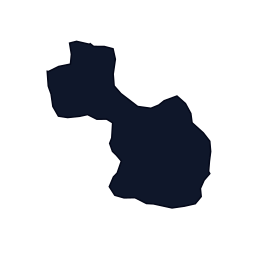 the district of Tomelilla, Skåne, Sweden, rotated 314°
{"feature_id": "70781695B70463852837114", "entity_name": "Tomelilla", "entity_type": "district", "adm_level": 2, "iso_a3": "SWE", "parent_name": "Sweden", "parent_adm1": "Skåne", "projection": "albers", "projection_center": [14.031, 55.651], "detail": "fine", "context": "isolated", "style": "filled", "palette": "ink", "viewbox_px": 256, "rotation_deg": 314, "n_neighbors": 0, "source": "geoboundaries", "source_scale": "gbopen_adm2", "svg_char_len": 875}
<svg xmlns="http://www.w3.org/2000/svg" viewBox="0 0 256 256"><g transform="rotate(314 128 128)"><path d="M112.7,30.5L102.8,41.5L101.8,43.4L99.0,49.1L91.3,59.0L88.2,69.7L93.6,77.3L102.7,85.0L109.6,89.6L112.7,99.5L119.5,106.4L121.1,113.3L109.6,123.2L104.2,125.5L100.4,133.1L100.4,138.5L99.6,146.2L88.1,151.5L82.7,151.5L72.8,155.3L70.5,165.0L70.5,165.3L75.0,173.7L82.7,181.4L86.5,193.7L91.1,199.0L101.1,215.2L111.0,222.9L120.3,229.0L129.5,228.3L134.8,222.1L143.3,219.0L152.0,218.5L152.8,216.1L160.6,209.7L168.5,203.8L175.3,196.0L176.8,185.6L176.3,170.4L182.1,163.1L185.5,152.3L185.0,141.0L172.8,135.1L165.9,134.2L158.1,130.8L150.2,120.0L147.8,98.9L148.7,88.7L156.5,79.9L168.7,71.1L174.6,62.2L170.2,54.4L162.8,46.6L162.4,42.2L161.5,42.2L154.6,30.8L148.5,27.0L141.7,36.1L134.0,42.2L124.1,35.4L113.5,31.6L112.7,30.5Z" fill="#0f172a" stroke="#020617" stroke-width="1.5"/></g></svg>